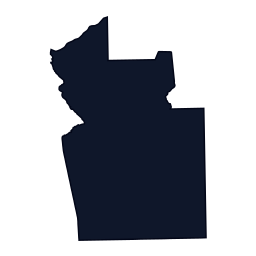 outline of North-West, rotated 269°
{"feature_id": "BWA-2629", "entity_name": "North-West", "entity_type": "District", "adm_level": 1, "iso_a3": "BWA", "parent_name": "Botswana", "parent_adm1": "", "projection": "mercator", "projection_center": [23.629, -19.391], "detail": "fine", "context": "isolated", "style": "filled", "palette": "ink", "viewbox_px": 256, "rotation_deg": 269, "n_neighbors": 0, "source": "natural_earth", "source_scale": "10m", "svg_char_len": 3293}
<svg xmlns="http://www.w3.org/2000/svg" viewBox="0 0 256 256"><g transform="rotate(269 128 128)"><path d="M207.8,52.5L206.0,56.5L206.0,57.8L206.3,58.9L207.6,62.2L209.4,65.4L210.6,66.7L212.1,67.6L213.5,68.7L214.4,70.4L215.8,74.0L217.3,76.4L217.6,77.3L218.1,79.3L218.3,79.9L218.9,80.9L221.8,84.0L223.3,85.0L223.9,85.7L226.0,88.7L227.3,89.9L229.0,90.7L230.2,91.7L230.7,93.4L230.9,96.9L232.5,100.4L238.1,105.5L239.3,109.2L196.2,109.2L195.8,109.2L195.8,156.3L196.0,156.4L196.1,156.5L203.4,159.7L203.7,160.0L203.8,160.5L203.4,171.5L203.3,172.1L203.1,172.6L202.7,172.7L174.1,175.1L173.6,175.1L172.9,175.0L172.0,175.0L170.4,175.5L169.5,175.6L168.5,175.2L167.7,174.4L166.5,172.5L164.8,171.1L164.1,170.4L162.9,168.0L162.4,168.0L161.8,168.3L160.9,168.0L159.7,166.7L159.2,166.3L158.6,165.9L158.2,166.0L157.7,166.2L157.1,166.5L155.4,166.7L155.0,167.0L154.2,167.7L153.7,167.9L153.2,168.1L152.8,168.3L152.4,168.5L151.4,169.8L151.4,170.2L151.5,170.5L151.4,170.7L148.6,171.5L148.1,171.5L147.5,171.3L146.4,170.6L146.2,171.5L146.3,204.1L17.8,204.1L17.0,204.1L16.9,198.2L16.9,192.2L16.9,186.2L16.9,180.3L16.9,174.3L16.9,173.2L16.9,168.4L16.8,162.5L16.8,156.5L16.8,150.6L16.8,144.7L16.8,138.7L16.7,132.8L16.7,126.9L16.7,121.0L16.7,117.3L16.7,115.1L16.7,109.2L16.7,107.3L16.7,105.4L16.7,103.4L16.7,101.5L16.7,99.6L16.7,97.7L16.7,95.7L16.7,93.8L16.7,91.9L16.7,90.0L16.7,88.1L16.7,86.1L16.7,84.2L16.7,82.3L16.7,80.4L16.7,78.5L16.7,77.1L17.5,77.1L18.9,77.0L21.4,76.9L23.9,76.8L26.4,76.7L28.9,76.6L31.0,76.5L33.1,76.4L35.2,76.4L37.3,76.3L38.2,76.2L39.0,76.2L39.8,76.0L40.5,75.9L41.3,75.7L42.0,75.6L45.8,74.9L49.6,74.1L53.3,73.4L57.1,72.7L60.9,71.9L64.6,71.2L68.4,70.4L72.2,69.7L75.9,69.0L79.7,68.2L83.4,67.5L87.2,66.8L91.0,66.0L94.7,65.3L98.5,64.6L102.3,63.8L106.2,63.1L111.4,62.6L115.3,62.3L118.4,62.0L120.0,62.1L120.6,62.4L120.9,62.6L120.9,62.9L120.9,63.5L121.1,63.9L121.4,64.0L121.7,64.0L121.9,64.2L121.8,65.3L121.9,65.6L122.0,65.9L122.5,66.6L123.0,67.7L124.4,69.3L124.6,69.8L124.7,70.1L124.6,70.9L124.6,71.1L124.9,71.2L125.3,71.4L125.7,71.4L126.1,71.0L126.8,71.6L127.4,72.3L127.7,72.7L128.3,73.0L128.9,73.1L129.4,73.3L129.5,73.8L129.8,74.4L130.2,74.7L130.5,75.2L130.1,75.9L131.6,77.5L132.0,78.5L131.4,79.5L131.8,80.1L132.5,82.1L132.8,84.1L133.4,84.6L134.2,84.6L135.8,84.0L136.0,83.9L136.3,83.7L137.3,82.4L138.2,82.2L138.9,81.8L143.1,77.2L143.8,77.0L144.3,76.5L145.1,75.3L145.7,74.8L147.0,73.9L147.7,73.2L147.8,71.6L149.4,70.5L149.6,70.4L149.9,70.5L150.1,70.6L150.3,70.8L150.5,70.4L150.7,70.2L151.2,69.8L152.5,69.2L152.8,69.0L154.1,67.7L154.5,67.5L156.1,67.2L157.6,66.1L159.7,63.5L161.3,62.7L162.2,62.6L163.1,62.7L163.6,62.9L164.4,63.3L164.8,63.4L165.2,63.0L166.5,60.8L167.2,60.1L167.9,59.8L169.4,59.9L170.4,60.1L170.9,60.6L171.7,62.1L172.0,62.4L172.3,62.5L172.5,62.8L172.6,63.5L174.1,65.0L174.7,64.8L176.8,64.6L177.2,64.5L177.3,64.2L178.0,63.5L178.1,63.2L178.3,63.1L180.5,60.4L181.2,59.8L182.7,58.8L183.9,57.3L184.2,57.1L184.5,56.9L184.9,56.7L185.3,56.6L185.7,56.5L186.0,55.8L186.2,55.7L187.1,55.5L188.2,54.6L189.0,54.4L189.8,54.3L193.1,53.3L193.4,53.1L193.7,52.8L193.9,52.4L194.1,52.2L194.6,52.1L194.3,52.8L194.8,53.1L195.1,53.5L195.4,53.7L196.1,53.4L196.5,54.0L197.1,53.9L198.3,53.1L198.7,54.1L200.1,54.0L201.6,53.4L203.0,51.9L204.8,51.9L207.8,52.5Z" fill="#0f172a" stroke="#020617" stroke-width="1.5"/></g></svg>